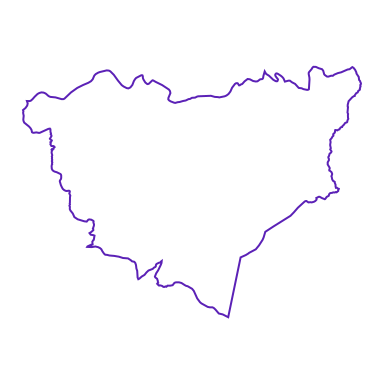 Ta Phraya, Sa Kaeo, Thailand (Albers equal-area conic projection)
{"feature_id": "78962969B35717105956499", "entity_name": "Ta Phraya", "entity_type": "district", "adm_level": 2, "iso_a3": "THA", "parent_name": "Thailand", "parent_adm1": "Sa Kaeo", "projection": "albers", "projection_center": [102.705, 14.016], "detail": "fine", "context": "isolated", "style": "outline", "palette": "violet", "viewbox_px": 384, "rotation_deg": 0, "n_neighbors": 0, "source": "geoboundaries", "source_scale": "gbopen_adm2", "svg_char_len": 5801}
<svg xmlns="http://www.w3.org/2000/svg" viewBox="0 0 384 384"><path d="M228.2,317.2L240.6,257.4L245.9,255.0L248.5,253.4L249.0,252.9L255.8,249.3L259.0,245.4L262.6,239.8L263.6,237.5L265.3,231.8L273.4,226.5L290.5,215.8L293.9,212.3L297.9,207.7L304.7,201.5L305.5,201.1L306.4,201.0L308.4,202.4L310.3,202.2L311.7,202.4L313.9,201.8L315.3,201.0L316.5,199.7L316.6,198.9L316.3,198.0L318.7,196.8L319.7,196.8L322.0,198.1L324.8,199.2L325.2,199.0L326.7,196.9L328.7,195.8L329.2,194.1L330.2,193.1L332.3,192.8L333.1,192.4L334.8,192.5L335.9,192.0L336.6,192.3L338.2,191.0L338.2,190.0L338.7,189.3L338.8,188.8L337.8,188.5L336.8,187.7L335.9,187.8L335.5,186.1L335.6,184.9L334.7,182.6L334.8,182.0L334.1,181.4L333.1,180.9L332.2,179.4L331.7,176.8L331.4,176.2L332.1,174.6L332.1,173.5L331.4,172.0L329.9,170.8L329.3,170.5L329.3,169.6L329.7,168.6L329.6,167.7L327.7,164.5L327.7,162.3L328.9,160.2L328.9,158.9L328.4,157.8L328.3,157.1L329.0,155.9L329.6,153.7L330.9,152.7L331.5,151.7L331.5,151.3L330.2,149.4L330.8,148.2L330.2,145.4L330.2,144.4L330.6,142.1L330.2,139.8L331.8,137.9L332.4,136.7L333.4,135.7L333.2,134.2L334.8,132.6L335.2,130.1L335.8,130.0L337.4,130.4L338.6,129.5L339.4,129.4L340.5,127.6L341.4,127.1L342.1,127.0L342.3,126.3L344.2,124.4L344.8,123.3L345.5,122.8L346.8,122.4L347.2,122.0L347.5,120.3L348.3,118.8L348.0,117.8L347.9,114.9L348.1,114.0L347.5,112.6L348.0,107.0L347.7,106.7L347.7,104.9L348.6,101.2L352.3,97.2L354.1,96.0L354.6,96.0L354.6,95.6L356.1,93.3L357.7,92.4L358.3,90.8L359.5,90.1L359.9,89.5L359.8,88.8L360.2,87.7L360.1,87.2L360.6,86.1L360.3,85.5L360.4,84.7L361.0,83.9L360.8,82.9L360.4,82.2L360.1,81.1L359.1,79.9L358.7,76.9L356.5,73.6L356.3,72.3L355.1,69.8L353.5,67.8L352.3,67.1L349.6,69.2L347.6,69.5L341.2,72.3L337.9,73.1L334.3,74.6L332.8,75.8L331.2,75.7L328.4,76.6L327.6,76.6L326.9,76.5L324.8,75.0L324.2,74.3L323.2,70.7L322.0,69.2L318.7,68.2L315.9,66.9L313.4,66.8L312.5,67.6L311.6,69.1L309.0,72.2L308.7,72.9L308.7,74.0L309.4,77.6L309.5,79.5L308.9,89.2L308.5,89.6L307.2,89.9L303.3,89.1L301.7,88.3L298.7,87.9L295.1,83.9L292.0,82.3L289.9,80.7L288.3,80.7L284.9,81.6L283.5,78.4L282.3,77.0L280.9,75.8L278.0,73.9L276.8,73.4L276.1,73.5L275.3,74.4L275.3,75.6L276.3,77.2L277.9,79.2L278.0,79.7L277.4,81.1L276.9,81.3L275.6,81.1L273.2,79.7L269.1,75.8L266.1,73.9L264.7,71.4L263.4,76.0L263.1,78.0L262.6,78.8L262.1,79.1L260.2,79.3L257.5,81.3L255.8,81.5L253.1,81.0L249.9,79.3L247.6,79.0L244.6,81.3L242.5,83.7L242.0,84.1L241.0,84.4L239.7,85.3L239.0,85.3L237.8,83.4L237.4,83.2L236.2,83.2L235.0,83.9L232.1,87.7L230.4,91.5L228.5,94.0L226.5,95.5L224.7,96.3L219.3,97.4L218.0,97.1L214.8,96.9L210.9,95.8L198.4,96.3L197.3,96.5L195.1,97.6L192.0,97.8L189.9,99.0L188.6,99.1L185.7,100.5L183.0,101.0L179.6,102.0L177.7,102.2L175.3,102.9L174.1,102.7L170.5,101.3L169.0,100.3L168.3,99.4L168.4,97.9L170.4,93.1L170.0,91.1L169.0,89.6L162.2,85.1L155.7,81.9L153.3,80.5L152.7,80.3L152.1,80.6L148.9,83.7L147.8,84.1L147.2,84.0L145.3,82.5L143.4,79.4L142.9,78.0L142.8,76.3L142.5,75.4L142.0,75.2L141.2,75.3L136.2,77.9L135.1,79.1L133.9,81.0L132.4,84.9L130.4,87.4L128.4,88.4L126.7,88.1L123.6,86.5L121.7,85.1L117.9,80.5L113.8,74.8L110.3,71.3L108.9,70.6L106.7,70.4L100.0,72.0L98.3,72.6L95.7,74.1L94.3,75.6L92.7,79.3L91.0,81.2L88.3,82.8L83.1,85.0L77.3,87.9L71.0,92.4L64.4,98.7L63.4,99.1L61.5,99.1L55.5,97.4L50.4,96.9L48.6,96.1L45.9,93.7L44.6,93.0L43.5,92.6L41.4,92.4L39.3,93.0L37.5,94.0L34.7,96.7L32.5,99.2L30.8,100.7L29.6,101.1L26.9,101.0L27.7,103.4L27.2,105.6L25.5,108.0L23.0,110.1L23.4,111.4L23.1,112.8L23.7,115.8L23.3,119.5L23.5,120.9L24.2,122.6L29.0,126.5L30.5,128.2L31.5,129.9L32.0,132.2L32.6,132.6L33.7,132.8L36.3,132.4L39.0,132.9L39.8,132.8L48.3,128.9L49.9,128.6L50.4,129.2L50.5,132.1L51.0,133.4L50.7,134.3L51.4,135.3L51.5,136.0L49.9,138.8L50.7,139.7L51.8,140.4L51.2,141.8L50.4,142.2L50.7,143.6L50.4,144.3L51.4,146.0L53.5,146.1L54.3,146.6L54.6,147.1L53.5,148.2L53.5,148.8L53.2,148.9L52.8,149.5L52.6,149.0L52.1,149.1L52.2,149.6L51.7,149.9L52.1,150.3L51.7,151.6L51.6,152.9L52.2,154.9L52.2,155.6L51.8,156.4L52.1,157.5L51.9,158.4L52.2,159.4L51.9,160.2L52.2,160.9L51.9,161.7L52.3,162.4L52.0,163.2L52.2,164.3L51.8,164.9L51.6,166.2L51.8,168.8L52.4,170.0L53.3,170.9L54.6,171.6L56.7,172.2L60.4,174.0L60.9,174.5L61.2,175.5L61.2,177.9L61.0,178.9L59.9,180.6L59.8,181.4L60.9,185.2L62.1,187.7L62.8,188.9L64.2,190.1L65.6,190.8L66.7,191.0L68.9,190.7L69.5,190.9L69.8,191.3L69.8,191.9L69.3,193.4L70.3,195.6L70.0,197.0L69.9,202.7L69.7,203.6L70.0,204.3L69.4,205.8L69.9,206.7L69.8,209.1L70.4,210.5L72.8,213.5L74.4,217.1L77.7,219.3L84.3,221.3L86.7,221.6L88.2,219.8L89.1,219.4L91.3,219.7L93.4,220.9L93.6,221.5L93.4,222.4L94.0,224.4L93.9,225.7L92.9,228.6L93.2,228.8L93.3,230.2L91.1,232.1L89.5,233.1L90.7,234.7L93.5,235.2L94.5,235.6L93.8,239.8L93.3,240.1L92.3,241.8L92.6,244.4L91.3,244.7L91.3,245.2L90.1,245.2L87.5,246.4L87.2,246.9L91.7,247.1L95.4,246.5L98.2,247.2L100.0,248.1L101.3,249.2L102.4,251.3L104.0,253.6L105.2,254.7L107.2,254.9L109.5,255.5L114.2,255.9L118.9,256.7L123.0,258.0L128.0,258.4L130.8,260.2L132.0,261.3L134.3,261.8L135.3,263.0L136.0,265.1L136.4,268.5L137.2,270.8L137.6,277.5L138.3,279.2L139.3,278.7L141.8,276.5L144.5,274.9L146.5,272.4L148.5,270.5L152.7,268.9L153.9,267.7L155.4,266.9L155.8,266.3L155.9,265.0L156.5,264.0L158.8,262.8L160.4,262.4L160.9,261.6L161.7,261.0L161.5,263.0L160.6,265.3L158.1,270.4L156.2,273.3L154.9,276.6L155.3,277.4L157.1,278.8L157.9,281.2L157.8,282.6L158.1,282.9L157.2,283.8L158.6,285.3L159.1,285.6L159.7,285.3L161.1,285.6L162.5,286.1L163.2,286.8L164.1,287.0L165.0,286.6L166.0,286.7L166.0,286.4L167.0,286.3L167.5,285.7L170.0,285.7L172.6,285.2L174.5,282.8L176.1,282.3L178.9,282.3L181.5,283.0L184.9,285.2L186.2,285.9L187.6,286.2L192.1,288.8L193.8,290.9L197.2,298.4L200.0,302.2L201.4,303.4L207.7,306.9L209.7,307.3L212.4,307.3L213.8,308.0L215.4,309.5L218.8,313.5L222.7,314.4L228.2,317.2Z" fill="none" stroke="#5b21b6" stroke-width="2"/></svg>